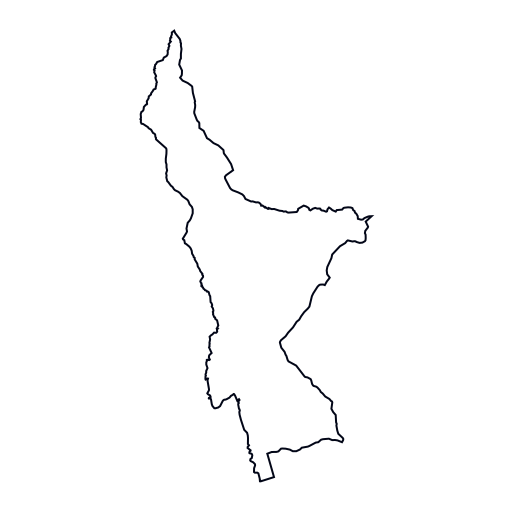 the district of Santa Rosa De Viterbo, Boyacá, Colombia
{"feature_id": "7082276B66726044645643", "entity_name": "Santa Rosa De Viterbo", "entity_type": "district", "adm_level": 2, "iso_a3": "COL", "parent_name": "Colombia", "parent_adm1": "Boyacá", "projection": "orthographic", "projection_center": [-72.996, 5.904], "detail": "fine", "context": "isolated", "style": "outline", "palette": "ink", "viewbox_px": 512, "rotation_deg": 0, "n_neighbors": 0, "source": "geoboundaries", "source_scale": "gbopen_adm2", "svg_char_len": 6060}
<svg xmlns="http://www.w3.org/2000/svg" viewBox="0 0 512 512"><path d="M247.9,444.0L249.0,445.3L247.7,446.9L247.6,448.0L250.6,450.3L250.6,450.7L249.6,451.5L249.3,452.9L249.7,453.3L251.5,453.7L252.0,454.3L252.3,455.3L251.8,458.0L250.4,459.1L250.2,460.4L250.7,461.1L253.2,462.3L255.0,464.2L255.1,465.4L254.1,468.2L254.0,472.0L254.9,472.7L257.4,472.7L258.4,473.4L259.7,478.5L259.9,480.7L260.3,480.4L260.8,481.3L274.0,477.1L267.3,453.7L271.7,452.0L276.5,451.9L278.4,451.4L281.0,448.7L282.3,448.5L285.7,448.7L289.8,449.6L292.8,451.2L296.3,451.2L300.0,449.5L301.8,447.7L307.9,446.6L309.3,446.0L315.7,442.6L318.3,442.2L321.1,439.7L323.0,439.2L328.9,438.7L332.2,440.1L335.0,440.0L337.5,440.4L342.0,442.2L343.1,440.2L343.3,439.0L342.8,438.0L338.3,433.8L337.3,430.6L336.4,425.6L336.7,423.9L336.1,422.3L335.7,415.0L333.2,412.1L331.4,408.8L332.3,402.4L332.0,401.5L331.1,401.0L329.4,399.0L325.2,396.5L322.7,393.5L320.8,392.0L319.7,390.0L317.4,387.5L316.3,386.7L313.6,385.9L313.0,385.4L312.1,383.9L311.2,380.3L310.6,379.1L307.5,377.4L305.2,377.0L304.5,376.4L296.2,365.6L288.5,361.4L287.6,359.9L286.4,355.9L285.6,354.7L284.6,351.9L281.3,347.7L279.9,342.6L280.1,341.6L281.1,340.1L285.6,336.3L288.1,332.7L293.0,327.4L296.6,321.8L299.2,319.7L301.2,316.2L304.2,312.1L307.8,308.6L309.4,306.6L311.9,296.2L313.3,293.3L317.6,286.6L319.4,284.9L320.6,284.6L323.1,284.5L324.8,285.1L326.8,281.5L329.2,278.5L329.7,277.6L327.2,274.3L326.7,270.4L327.3,267.0L331.4,258.2L332.2,254.5L340.0,246.2L345.2,243.1L346.9,241.0L347.8,240.4L352.5,241.5L354.4,241.2L355.7,241.4L356.3,241.9L359.6,242.9L362.4,242.6L364.9,241.2L365.5,240.3L365.7,238.2L365.6,234.7L364.9,233.1L365.3,230.8L367.8,227.6L368.1,226.7L365.7,221.6L371.6,216.2L369.1,216.3L367.7,216.7L364.4,218.1L363.0,219.4L362.1,219.6L361.1,219.7L357.9,218.8L357.7,216.1L356.3,213.7L355.0,212.6L354.6,211.1L353.2,210.1L352.4,208.1L350.8,207.5L348.1,207.3L344.5,207.7L343.5,208.0L342.1,209.6L336.7,210.1L335.7,211.6L332.3,210.1L330.8,208.7L329.0,207.5L327.5,209.3L327.0,211.3L326.1,211.7L323.4,210.6L321.9,210.5L320.6,209.6L320.3,208.7L319.7,208.5L317.2,208.6L315.2,207.9L312.9,208.7L310.4,210.4L309.3,209.8L308.9,208.4L308.4,207.8L306.1,206.4L303.7,205.6L298.2,208.8L297.9,210.4L296.7,212.0L288.6,212.6L287.4,212.4L285.9,211.4L283.6,211.6L282.4,211.0L279.5,210.7L274.2,209.0L271.7,209.1L268.7,208.0L268.5,208.9L267.9,208.9L265.2,207.0L264.9,207.5L262.5,205.5L261.2,205.7L260.7,204.2L259.3,202.8L257.9,202.3L256.0,202.4L252.7,201.4L251.1,201.5L245.5,199.0L243.9,196.0L242.3,194.4L238.2,192.4L232.7,190.3L231.3,189.4L230.1,188.1L225.7,179.7L225.1,178.4L224.9,176.8L226.0,175.3L233.1,170.2L231.1,164.1L227.0,157.6L224.1,153.7L223.8,153.0L223.5,150.2L223.2,149.8L218.3,145.4L213.5,143.1L209.5,139.7L207.0,138.2L203.6,130.8L199.4,128.0L199.3,123.1L198.6,121.9L197.5,121.0L196.8,119.8L194.3,113.3L194.2,111.9L195.1,107.3L195.2,105.1L194.7,102.2L195.1,101.4L192.9,92.9L192.2,86.7L191.6,85.9L187.7,83.0L182.6,80.6L180.1,77.7L181.7,75.3L181.9,73.9L182.0,70.5L179.2,64.6L180.0,60.0L180.9,58.5L180.9,53.9L181.5,49.0L180.9,45.7L181.0,43.2L180.5,42.6L180.4,40.8L179.7,38.9L175.2,33.1L174.2,30.7L171.8,32.5L171.9,34.4L171.0,36.6L171.3,37.5L170.2,38.1L170.2,39.9L169.9,40.8L170.8,41.6L168.6,44.2L169.4,45.9L168.4,47.9L168.6,48.9L167.5,50.9L167.8,52.0L167.6,54.5L166.5,56.1L163.8,57.6L162.8,60.1L157.2,62.0L156.1,63.9L155.1,64.9L155.0,66.2L154.5,67.1L155.0,68.2L154.4,68.4L154.3,69.3L153.9,69.6L153.9,69.9L154.6,70.3L154.2,72.3L156.0,75.7L156.1,76.2L155.4,77.4L155.4,78.2L156.9,82.3L156.3,83.6L156.4,84.5L155.7,87.4L155.7,88.4L155.5,88.8L153.6,89.5L152.8,91.0L151.1,93.3L151.0,94.5L148.8,96.4L148.6,98.3L146.8,101.3L147.1,104.0L146.8,104.4L145.9,104.7L143.9,106.9L143.5,109.9L142.5,111.3L141.4,111.9L140.7,114.1L141.0,118.0L140.4,119.1L141.0,119.8L140.8,122.1L141.5,123.7L143.1,124.0L148.0,127.2L148.6,128.2L151.1,129.7L153.0,132.9L154.7,133.9L155.2,134.8L155.4,136.9L156.0,137.8L155.9,139.0L156.2,139.5L166.0,148.2L166.4,149.0L166.5,150.6L166.4,153.9L165.8,158.7L165.8,162.1L166.5,164.4L166.5,167.4L167.1,170.4L166.1,173.4L166.6,175.5L166.3,177.4L167.3,181.3L168.2,182.0L170.9,185.7L172.5,186.9L173.9,189.1L175.0,190.2L178.1,191.7L179.9,193.0L182.4,196.2L187.3,199.7L188.3,201.0L189.6,204.3L191.9,206.9L192.7,209.3L192.7,213.3L190.9,218.4L189.8,220.4L187.7,222.8L186.5,228.5L187.0,231.5L186.5,232.7L182.8,238.7L183.1,239.4L184.3,240.2L184.9,243.3L186.3,244.1L189.3,246.6L190.7,248.4L191.7,250.8L192.1,253.7L193.5,256.0L193.7,257.1L194.7,257.9L194.7,259.4L197.3,263.7L197.8,266.5L199.7,269.4L200.3,271.2L202.4,273.8L202.2,274.7L203.0,275.6L203.1,276.9L200.8,280.2L200.3,281.3L200.9,282.8L201.5,283.3L201.4,285.8L202.1,285.7L202.2,286.9L203.1,287.5L203.3,288.5L204.7,289.6L205.0,290.2L206.7,290.8L207.0,291.6L208.4,291.8L208.8,292.4L209.5,295.1L210.2,296.2L210.6,302.1L211.6,303.3L212.2,305.1L211.7,306.5L212.9,308.3L213.3,310.0L213.4,310.9L212.8,311.9L213.2,313.1L213.0,314.2L214.2,317.1L215.1,317.5L215.2,318.8L217.1,320.4L218.3,325.5L217.7,326.5L217.5,327.5L216.9,328.2L217.7,328.7L217.0,329.2L216.9,329.6L217.2,331.6L216.7,332.3L216.1,332.8L214.1,332.6L212.3,334.5L211.0,335.3L209.6,336.7L210.1,339.4L209.4,343.0L209.7,343.6L209.4,345.2L209.6,346.2L209.0,347.3L211.6,353.0L209.4,355.1L209.0,356.0L208.9,357.6L209.8,359.6L209.1,360.1L207.2,359.7L206.8,359.9L206.8,361.3L206.3,362.3L206.3,364.6L207.5,368.1L206.2,371.0L206.2,372.7L205.7,373.8L205.5,374.9L205.9,375.7L205.5,376.4L205.4,379.0L205.6,379.5L207.3,378.5L208.0,378.6L207.5,380.5L209.0,389.3L208.9,390.4L207.3,393.3L207.9,394.2L210.1,395.5L210.6,396.9L208.9,397.9L208.8,398.4L209.0,398.6L210.3,398.3L210.5,398.5L211.0,399.4L211.8,404.2L212.4,405.9L214.3,408.2L215.3,408.3L218.2,407.5L220.1,406.1L222.7,401.0L223.5,400.1L224.3,399.7L225.5,399.6L226.6,399.2L229.5,397.6L231.0,395.8L232.7,394.9L233.6,394.0L234.1,394.1L235.1,395.7L237.2,400.6L239.0,399.2L239.5,400.0L238.1,401.9L238.8,403.0L238.3,403.6L238.2,404.6L239.0,408.8L239.5,409.3L239.8,410.6L239.3,412.0L239.6,414.7L241.0,420.0L244.2,429.8L247.1,432.8L247.8,435.5L248.0,438.1L247.9,444.0Z" fill="none" stroke="#020617" stroke-width="2"/></svg>